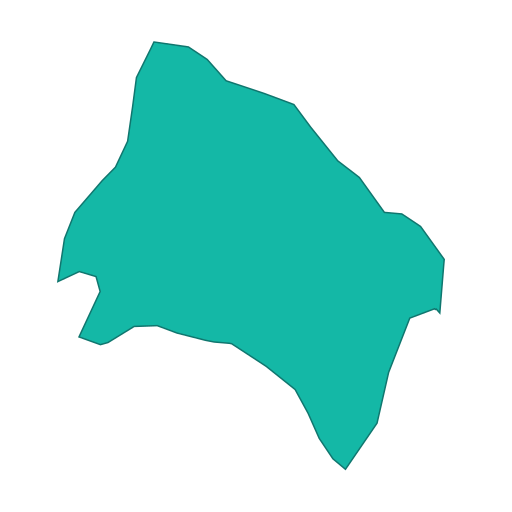 outline of Namdong-gu, Incheon, South Korea, rotated 281°
{"feature_id": "91817680B54049766777888", "entity_name": "Namdong-gu", "entity_type": "district", "adm_level": 2, "iso_a3": "KOR", "parent_name": "South Korea", "parent_adm1": "Incheon", "projection": "mercator", "projection_center": [126.725, 37.421], "detail": "fine", "context": "isolated", "style": "filled", "palette": "teal", "viewbox_px": 512, "rotation_deg": 281, "n_neighbors": 0, "source": "geoboundaries", "source_scale": "gbopen_adm2", "svg_char_len": 774}
<svg xmlns="http://www.w3.org/2000/svg" viewBox="0 0 512 512"><g transform="rotate(281 256 256)"><path d="M165.2,247.3L165.3,248.7L149.7,286.9L132.4,319.9L111.5,337.2L89.0,352.9L71.6,370.2L63.7,384.5L115.0,406.7L167.1,408.4L224.4,418.8L238.3,441.4L237.7,442.2L238.3,443.1L235.1,447.3L283.8,441.9L288.6,441.4L316.4,411.9L325.1,391.1L323.3,373.7L352.8,342.5L365.0,318.1L392.8,285.2L411.9,264.3L417.1,233.1L422.3,193.2L439.6,170.6L448.3,149.8L446.6,115.0L438.9,113.0L408.4,104.6L378.9,106.4L344.1,108.1L316.4,101.1L300.7,90.7L264.3,69.9L236.5,64.7L193.1,66.4L207.0,85.5L205.3,102.9L191.4,109.8L142.8,97.7L139.3,120.2L142.8,127.2L163.6,149.8L168.8,172.3L165.3,193.2L163.6,222.7L163.6,231.3L165.3,247.0L165.2,247.3Z" fill="#14b8a6" stroke="#0f766e" stroke-width="1.5"/></g></svg>